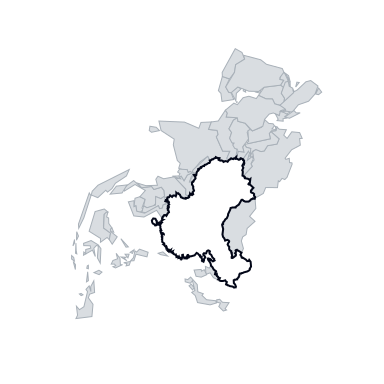 location of China within Asia, rotated 103°
{"feature_id": "CHN", "entity_name": "China", "entity_type": "country or territory", "adm_level": 0, "iso_a3": "CHN", "parent_name": "Asia", "parent_adm1": "", "projection": "albers", "projection_center": [106.815, 35.887], "detail": "fine", "context": "in_parent", "style": "outline", "palette": "ink", "viewbox_px": 384, "rotation_deg": 103, "n_neighbors": 45, "source": "natural_earth", "source_scale": "50m", "svg_char_len": 17905}
<svg xmlns="http://www.w3.org/2000/svg" viewBox="0 0 384 384"><g transform="rotate(103 192 192)"><path d="M183.7,129.1L180.2,130.7L178.1,134.6L174.5,132.8L171.8,137.6L166.4,138.0L166.8,143.5L164.9,145.6L153.5,139.1L151.3,140.9L146.8,138.7L139.5,142.3L136.2,139.4L137.1,133.8L135.7,130.8L129.9,128.8L126.2,120.0L120.7,119.1L115.4,128.7L113.4,124.1L109.6,123.7L111.2,121.1L110.1,114.1L116.0,115.4L118.4,111.4L110.9,108.3L109.9,100.5L115.0,96.7L115.7,99.2L122.0,97.0L128.4,104.4L138.1,108.9L139.1,107.9L137.3,104.8L141.4,103.6L141.1,101.2L142.3,100.7L156.3,102.7L159.0,104.4L158.5,107.3L162.3,109.0L161.7,110.4L168.5,109.7L171.1,121.2L177.4,122.2L183.7,129.1Z" fill="#d9dde1" stroke="#a8b0b8" stroke-width="1"/><path d="M115.4,128.7L120.7,119.1L126.2,120.0L129.9,128.8L135.7,130.8L137.1,133.8L136.2,139.4L138.7,142.1L145.9,139.7L144.0,141.4L148.8,145.2L145.4,146.3L143.0,145.2L144.0,143.1L141.0,142.7L138.0,145.4L136.4,144.6L136.2,149.1L133.8,151.5L122.5,127.6L117.6,129.9L115.4,128.7Z" fill="#d9dde1" stroke="#a8b0b8" stroke-width="1"/><path d="M335.9,261.5L341.4,276.6L337.8,275.8L329.3,278.9L332.0,275.2L328.1,271.5L312.6,271.4L310.7,273.4L306.6,271.1L311.8,268.1L307.0,269.4L300.6,267.7L311.8,264.3L314.6,268.8L318.4,269.2L323.7,263.2L335.9,261.5ZM285.8,291.0L284.4,294.2L281.0,295.0L282.4,292.5L285.8,291.0ZM316.7,278.8L315.8,277.2L316.7,275.1L317.9,276.7L316.7,278.8ZM257.0,261.9L255.4,264.5L261.6,269.9L257.8,270.7L253.4,283.4L232.8,282.0L228.3,273.6L230.5,269.4L233.5,272.5L244.4,270.8L247.0,270.0L250.4,262.1L257.0,261.9ZM293.2,275.7L301.7,273.0L303.3,274.6L293.2,275.7ZM290.0,277.4L287.5,277.4L286.7,276.5L290.1,275.7L290.0,277.4ZM290.3,261.7L293.4,263.9L292.6,269.4L289.2,265.1L290.3,261.7ZM267.7,268.0L282.0,265.4L277.4,269.4L265.8,271.1L265.6,273.1L268.9,275.0L276.6,271.7L271.0,275.9L278.0,283.5L274.8,283.9L276.1,281.7L271.9,282.6L269.5,278.0L267.3,279.1L268.6,285.4L266.4,286.1L262.0,279.4L264.6,271.5L267.7,268.0ZM271.3,295.9L264.7,295.8L268.0,294.9L271.3,295.9ZM267.9,293.6L275.1,291.7L278.2,290.3L277.9,291.7L267.9,293.6ZM260.5,292.7L265.0,293.7L256.6,295.4L260.5,292.7ZM218.4,289.6L241.6,291.6L252.8,294.2L248.8,295.4L216.0,291.9L218.4,289.6ZM209.7,276.4L218.7,282.5L217.6,289.5L213.7,289.4L206.5,285.1L184.2,258.2L191.1,259.5L200.7,268.6L206.8,270.8L211.1,274.3L209.7,276.4Z" fill="#d9dde1" stroke="#a8b0b8" stroke-width="1"/><path d="M286.4,292.1L289.0,289.2L293.8,288.2L286.4,292.1Z" fill="#d9dde1" stroke="#a8b0b8" stroke-width="1"/><path d="M63.9,122.0L59.5,123.8L54.8,129.0L56.9,124.1L62.2,121.3L63.9,122.0Z" fill="#d9dde1" stroke="#a8b0b8" stroke-width="1"/><path d="M67.1,121.1L62.2,121.3L67.6,119.9L67.1,121.1Z" fill="#d9dde1" stroke="#a8b0b8" stroke-width="1"/><path d="M61.6,123.5L58.4,124.9L61.2,122.6L61.6,123.5Z" fill="#d9dde1" stroke="#a8b0b8" stroke-width="1"/><path d="M61.6,123.5L69.6,126.3L68.0,129.8L62.6,127.9L62.6,131.8L56.4,131.6L54.8,129.0L61.6,123.5Z" fill="#d9dde1" stroke="#a8b0b8" stroke-width="1"/><path d="M80.4,167.3L85.8,171.0L93.3,169.8L85.7,176.4L79.4,171.0L80.4,167.3Z" fill="#d9dde1" stroke="#a8b0b8" stroke-width="1"/><path d="M79.4,164.9L80.4,163.0L82.6,162.2L81.9,164.9L79.4,164.9Z" fill="#d9dde1" stroke="#a8b0b8" stroke-width="1"/><path d="M80.4,146.8L80.3,152.1L77.3,148.1L80.4,146.8Z" fill="#d9dde1" stroke="#a8b0b8" stroke-width="1"/><path d="M68.0,129.8L69.6,126.3L75.7,127.2L79.7,123.0L84.3,122.6L87.7,125.8L87.5,131.2L83.3,134.5L84.6,140.9L82.9,148.9L73.6,145.2L68.0,129.8Z" fill="#d9dde1" stroke="#a8b0b8" stroke-width="1"/><path d="M86.5,176.2L92.5,172.1L97.0,183.2L89.4,186.0L87.3,189.1L72.6,188.4L73.4,180.9L82.1,182.8L86.6,178.6L86.5,176.2ZM94.7,168.6L93.4,168.7L94.5,168.2L94.7,168.6Z" fill="#d9dde1" stroke="#a8b0b8" stroke-width="1"/><path d="M208.3,241.7L209.7,236.0L218.8,237.2L220.2,235.2L223.5,238.1L223.2,241.5L218.1,243.6L219.4,245.3L210.9,246.1L208.3,241.7Z" fill="#d9dde1" stroke="#a8b0b8" stroke-width="1"/><path d="M216.4,236.0L209.7,236.0L208.3,241.7L201.0,237.8L197.5,249.2L206.2,258.0L203.0,259.2L194.0,251.4L199.2,242.0L195.7,232.6L198.1,229.7L194.2,222.9L197.0,219.5L202.4,217.8L205.5,220.8L204.6,226.4L210.8,224.4L215.1,227.0L217.5,232.4L216.4,236.0Z" fill="#d9dde1" stroke="#a8b0b8" stroke-width="1"/><path d="M222.8,236.3L216.4,236.0L217.5,232.4L212.9,224.6L204.6,226.4L205.5,220.8L202.4,217.8L207.2,215.9L207.0,212.5L211.1,217.2L214.5,217.4L215.5,219.9L212.9,221.7L222.6,231.4L222.8,236.3Z" fill="#d9dde1" stroke="#a8b0b8" stroke-width="1"/><path d="M202.4,217.8L197.0,219.5L194.2,222.9L198.1,229.7L195.7,232.6L199.2,242.0L195.6,247.1L196.2,238.3L193.2,227.2L187.7,230.1L184.3,228.7L185.5,222.6L181.1,212.5L190.6,198.6L196.0,197.6L196.8,194.2L200.1,196.7L196.3,207.1L199.2,206.9L201.3,210.3L200.3,212.7L205.5,213.8L202.4,217.8Z" fill="#d9dde1" stroke="#a8b0b8" stroke-width="1"/><path d="M213.5,246.6L219.4,245.3L218.1,243.6L223.2,241.5L223.3,233.4L212.9,221.7L215.5,219.9L214.5,217.4L211.1,217.2L208.4,212.2L217.1,209.8L224.5,215.1L217.8,222.4L227.2,233.2L228.4,243.3L215.9,251.8L213.5,246.6Z" fill="#d9dde1" stroke="#a8b0b8" stroke-width="1"/><path d="M271.6,146.9L270.7,151.8L266.7,156.1L269.1,159.9L261.5,162.2L262.3,158.1L259.5,157.0L261.0,154.8L264.1,150.4L267.1,150.8L266.5,149.3L269.8,145.5L271.6,146.9Z" fill="#d9dde1" stroke="#a8b0b8" stroke-width="1"/><path d="M265.0,162.6L269.3,159.1L272.9,163.9L273.2,169.1L267.6,172.4L265.4,165.7L267.0,164.9L265.0,162.6Z" fill="#d9dde1" stroke="#a8b0b8" stroke-width="1"/><path d="M184.5,129.0L193.7,126.1L202.8,130.4L206.4,124.0L215.1,130.1L221.3,129.7L224.3,132.5L228.6,132.9L235.5,129.2L240.0,129.9L238.8,136.3L243.2,134.9L247.0,137.5L234.8,145.3L231.5,144.6L230.5,146.6L231.6,148.7L228.8,151.4L217.1,155.3L208.4,151.8L198.9,150.8L197.2,146.1L188.7,141.8L189.5,137.1L184.5,129.0Z" fill="#d9dde1" stroke="#a8b0b8" stroke-width="1"/><path d="M196.8,194.2L196.0,197.6L190.6,198.6L182.4,211.0L181.6,206.2L180.2,207.8L178.9,206.1L182.8,202.3L176.5,200.4L173.6,196.4L172.3,198.2L173.9,200.1L171.3,201.8L172.8,202.9L171.9,210.3L166.7,209.9L164.6,213.4L150.3,220.8L144.5,221.2L139.1,235.9L130.3,240.2L125.6,215.1L128.4,199.7L122.2,198.9L119.4,188.9L127.3,189.9L126.3,181.4L130.1,179.5L132.8,180.7L145.3,171.3L143.8,164.3L151.2,165.6L154.1,163.9L155.5,168.0L152.8,176.0L157.4,181.4L153.8,184.7L160.8,190.9L172.3,196.2L174.9,191.7L174.7,194.6L176.8,196.1L182.7,196.7L182.3,193.9L194.1,190.4L194.1,193.5L196.8,194.2Z" fill="#d9dde1" stroke="#a8b0b8" stroke-width="1"/><path d="M181.6,206.2L181.0,214.8L179.3,208.4L176.8,207.9L175.8,210.5L172.5,209.3L171.3,201.8L173.9,200.1L172.3,198.2L173.6,196.4L176.5,200.4L182.8,202.3L178.9,206.1L180.2,207.8L181.6,206.2Z" fill="#d9dde1" stroke="#a8b0b8" stroke-width="1"/><path d="M182.3,193.9L182.7,196.7L174.7,194.6L178.3,191.6L182.3,193.9Z" fill="#d9dde1" stroke="#a8b0b8" stroke-width="1"/><path d="M173.3,192.0L172.3,196.2L170.1,195.9L153.8,184.7L158.6,180.9L167.7,189.9L173.3,192.0Z" fill="#d9dde1" stroke="#a8b0b8" stroke-width="1"/><path d="M154.1,163.9L151.2,165.6L143.8,164.3L145.3,171.3L132.8,180.7L130.1,179.5L126.3,181.4L127.3,189.9L119.4,188.9L116.9,182.4L104.8,177.9L107.2,175.3L111.2,175.5L109.5,164.5L112.7,167.8L122.1,170.2L125.1,166.8L131.2,167.4L141.8,156.6L149.6,157.3L150.7,161.6L154.1,163.9Z" fill="#d9dde1" stroke="#a8b0b8" stroke-width="1"/><path d="M127.3,148.8L136.7,152.6L141.6,150.2L142.0,156.0L145.8,154.9L149.6,157.3L140.1,157.4L139.9,160.2L137.0,162.9L134.9,162.0L135.1,164.2L131.2,167.4L125.1,166.8L122.1,170.2L112.7,167.8L109.5,164.5L112.8,163.1L113.0,155.7L118.0,149.3L121.4,151.7L127.3,148.8Z" fill="#d9dde1" stroke="#a8b0b8" stroke-width="1"/><path d="M133.8,151.5L136.2,149.1L136.4,144.6L144.0,143.1L143.9,145.4L139.9,146.2L148.6,149.7L149.5,156.4L142.0,156.0L141.6,150.2L136.7,152.6L133.8,151.5Z" fill="#d9dde1" stroke="#a8b0b8" stroke-width="1"/><path d="M145.9,139.7L151.3,140.9L153.5,139.1L164.9,145.6L148.6,149.7L139.9,146.2L140.8,144.7L148.8,145.2L144.0,141.4L145.9,139.7Z" fill="#d9dde1" stroke="#a8b0b8" stroke-width="1"/><path d="M109.6,123.7L113.4,124.1L114.4,128.3L117.6,129.9L122.5,127.6L132.1,148.0L131.3,149.7L130.0,148.2L119.6,151.3L118.0,149.3L118.9,146.9L113.3,138.8L105.3,137.2L107.9,132.6L107.3,128.4L109.0,126.5L112.5,128.3L112.4,124.2L109.2,125.7L109.6,123.7Z" fill="#d9dde1" stroke="#a8b0b8" stroke-width="1"/><path d="M82.9,148.9L84.6,140.9L83.3,134.5L87.5,131.2L88.0,123.1L90.4,119.4L92.9,123.7L97.9,124.1L96.7,130.5L98.7,134.3L104.8,137.6L112.0,137.8L118.9,146.9L113.0,155.7L112.8,163.1L109.5,164.5L111.2,175.5L107.2,175.3L104.8,177.9L96.0,171.2L96.7,167.5L88.6,163.4L85.9,158.1L86.5,150.4L82.9,148.9Z" fill="#d9dde1" stroke="#a8b0b8" stroke-width="1"/><path d="M62.6,123.1L67.1,121.1L68.2,117.2L72.4,115.3L83.3,122.4L79.7,123.0L75.7,127.2L63.9,125.8L62.6,123.1Z" fill="#d9dde1" stroke="#a8b0b8" stroke-width="1"/><path d="M93.6,124.1L91.1,116.8L92.4,114.7L95.4,117.9L93.6,124.1Z" fill="#d9dde1" stroke="#a8b0b8" stroke-width="1"/><path d="M87.7,125.8L72.4,115.3L69.4,116.7L71.1,114.8L68.8,112.3L59.0,105.8L56.7,101.4L60.4,93.1L68.9,94.2L77.3,98.8L83.1,108.0L91.6,112.3L92.1,119.6L90.4,119.4L87.7,125.8ZM65.5,88.1L68.7,90.6L68.7,93.6L62.2,92.0L65.5,88.1Z" fill="#d9dde1" stroke="#a8b0b8" stroke-width="1"/><path d="M142.9,244.9L141.7,247.5L137.4,247.8L137.0,241.4L139.5,237.5L142.9,244.9Z" fill="#d9dde1" stroke="#a8b0b8" stroke-width="1"/><path d="M259.9,201.3L260.1,208.7L259.3,211.2L256.9,206.9L259.9,201.3Z" fill="#d9dde1" stroke="#a8b0b8" stroke-width="1"/><path d="M98.7,116.4L100.1,119.8L102.5,119.1L103.3,125.2L101.7,124.4L97.3,128.2L97.9,124.1L93.6,124.1L93.9,120.2L95.1,116.1L97.5,118.5L98.7,116.4ZM92.9,123.7L91.9,122.5L92.1,119.6L93.4,121.4L92.9,123.7Z" fill="#d9dde1" stroke="#a8b0b8" stroke-width="1"/><path d="M90.5,104.4L98.2,113.6L98.0,118.3L89.7,111.0L91.5,108.2L90.5,104.4Z" fill="#d9dde1" stroke="#a8b0b8" stroke-width="1"/><path d="M264.7,238.7L261.4,235.6L265.2,236.2L264.7,238.7ZM271.3,246.6L270.4,241.6L271.8,243.1L273.6,240.0L271.3,246.6ZM278.4,243.3L283.2,249.5L282.6,252.2L280.9,249.7L279.7,251.3L280.4,254.5L276.5,253.6L273.8,249.5L268.8,252.1L273.0,247.2L279.0,245.4L278.4,243.3ZM260.6,243.9L253.5,250.8L259.8,241.7L260.6,243.9ZM265.3,221.3L265.2,232.6L272.0,233.1L273.0,236.4L269.1,234.2L262.2,234.4L263.0,232.4L259.5,230.3L260.6,221.2L265.3,221.3ZM267.7,243.2L266.7,239.3L270.6,239.6L267.7,243.2ZM277.4,236.7L278.8,239.6L276.4,239.3L276.3,242.6L273.5,236.3L277.4,236.7Z" fill="#d9dde1" stroke="#a8b0b8" stroke-width="1"/><path d="M199.7,256.9L208.7,259.9L212.5,271.3L203.3,267.0L199.7,256.9ZM257.0,261.9L250.4,262.1L247.0,270.0L233.5,272.5L231.1,271.1L230.5,269.4L235.5,269.6L236.1,267.4L241.4,266.0L245.0,262.0L248.8,262.2L252.5,254.8L260.8,258.0L257.0,261.9Z" fill="#d9dde1" stroke="#a8b0b8" stroke-width="1"/><path d="M248.8,259.2L248.8,262.2L246.6,263.2L245.0,262.0L248.8,259.2Z" fill="#d9dde1" stroke="#a8b0b8" stroke-width="1"/><path d="M297.9,149.0L298.5,161.7L292.2,165.5L289.9,169.7L287.3,167.0L278.4,171.6L281.3,173.1L281.0,178.4L278.3,179.2L278.3,176.4L275.2,174.2L281.0,166.1L287.9,163.9L288.6,158.1L290.5,159.0L293.7,153.6L292.6,144.5L294.6,143.2L297.9,149.0ZM298.3,133.5L299.2,131.8L300.9,134.7L297.6,140.1L293.8,139.3L293.8,142.8L291.5,143.7L290.3,140.9L292.6,137.5L291.5,131.0L298.3,133.5ZM282.0,172.0L284.8,168.4L287.3,169.4L284.1,173.8L282.0,172.0Z" fill="#d9dde1" stroke="#a8b0b8" stroke-width="1"/><path d="M73.4,180.9L72.6,188.4L68.7,189.5L42.6,182.1L44.8,174.7L50.7,170.6L58.1,178.1L65.8,177.5L73.4,180.9Z" fill="#d9dde1" stroke="#a8b0b8" stroke-width="1"/><path d="M54.6,129.4L60.7,132.1L62.6,131.8L62.6,127.9L68.0,129.8L73.6,145.2L79.0,149.6L81.0,159.2L79.4,171.0L86.5,176.2L86.6,178.6L82.1,182.8L65.8,177.5L58.1,178.1L50.7,170.6L47.2,172.4L47.7,154.8L50.8,148.2L51.4,131.8L54.6,129.4Z" fill="#d9dde1" stroke="#a8b0b8" stroke-width="1"/><path d="M66.4,114.6L61.4,114.5L61.2,112.2L66.4,114.6Z" fill="#d9dde1" stroke="#a8b0b8" stroke-width="1"/><path d="M224.3,215.3L223.7,214.8L222.6,215.0L221.5,214.1L220.7,213.9L220.4,212.4L221.0,211.6L219.3,211.0L218.5,211.1L216.9,209.9L215.8,210.5L215.3,211.4L214.5,211.7L213.8,211.4L213.3,212.1L212.4,211.4L212.0,212.0L211.5,211.4L210.6,212.3L209.3,211.4L208.3,212.4L207.2,212.1L206.6,212.7L207.1,214.0L207.0,215.9L205.7,215.7L205.3,214.1L204.0,214.8L202.7,214.7L202.2,213.1L200.2,212.6L201.3,210.3L199.6,209.5L199.2,207.4L199.7,206.8L198.0,206.6L196.2,207.1L196.7,206.2L196.3,205.0L197.0,204.3L197.3,203.2L199.6,201.6L199.5,201.0L199.8,200.6L200.1,199.1L200.0,196.5L199.6,196.2L199.1,196.5L198.8,194.7L197.7,193.6L197.4,193.5L196.8,194.3L195.0,193.4L194.2,193.5L195.1,192.5L194.8,191.6L194.0,191.9L194.0,191.5L194.7,191.0L193.9,190.3L192.2,191.4L190.3,190.3L187.9,191.8L186.6,191.9L184.9,193.3L184.8,193.7L183.0,194.1L182.1,193.9L182.2,193.4L181.4,192.8L180.7,193.0L178.0,191.6L176.8,192.1L174.9,194.0L174.7,193.3L175.1,191.9L174.6,191.6L172.0,191.9L170.8,191.6L169.6,190.6L169.0,191.0L168.4,190.3L167.9,190.8L167.3,189.6L166.0,189.2L166.2,188.4L165.3,188.3L164.1,186.9L164.0,186.0L162.7,185.8L162.0,184.3L160.0,182.4L159.8,181.5L158.3,181.1L157.3,181.8L156.5,180.4L155.5,179.7L155.6,179.0L154.0,177.7L153.6,176.5L152.7,176.6L153.1,174.7L152.8,172.8L153.6,172.8L153.9,173.7L154.7,173.4L155.1,171.5L154.6,170.3L154.8,168.8L155.6,168.1L154.4,166.6L154.3,164.7L154.5,164.1L152.4,163.2L151.6,162.4L151.5,161.9L150.6,161.8L150.3,161.0L150.7,160.1L150.7,159.2L149.8,158.7L149.8,158.1L147.9,156.8L149.8,156.6L149.5,155.8L150.1,153.5L149.2,152.3L148.5,152.5L148.1,152.1L148.6,149.6L149.3,149.5L149.3,148.8L149.9,148.2L151.9,148.0L152.1,147.5L153.7,147.6L153.7,148.6L155.1,148.9L156.9,147.4L159.5,148.0L160.2,147.3L161.2,147.0L164.7,146.5L165.0,144.6L165.9,144.2L165.8,143.7L166.7,143.5L166.5,140.6L166.9,139.3L167.2,138.9L166.2,138.1L170.1,137.7L170.5,138.4L171.6,138.8L172.0,138.0L171.6,137.3L174.1,133.1L175.9,134.2L177.1,134.5L177.3,134.9L178.8,134.6L179.2,134.1L179.4,132.1L180.0,131.0L181.7,130.8L182.7,129.3L184.5,129.4L184.5,129.9L184.2,130.2L184.7,130.8L184.5,131.2L185.4,131.9L185.5,132.4L186.3,133.2L187.1,133.3L188.6,134.6L189.4,138.1L189.1,138.9L189.1,139.6L188.2,141.0L188.5,142.0L193.8,143.5L196.0,145.6L197.3,146.0L197.2,146.7L197.5,147.0L198.0,149.1L198.9,150.8L200.7,150.8L205.5,151.9L206.6,151.6L209.8,152.2L211.1,153.4L213.1,154.0L214.4,154.8L216.1,154.5L216.1,155.1L217.2,155.3L221.0,153.3L226.5,152.8L228.7,151.7L230.0,150.0L231.9,148.8L230.7,146.9L231.0,145.5L231.6,144.7L232.6,144.7L233.3,145.2L235.1,145.5L236.1,144.7L237.0,143.4L239.2,143.0L240.2,142.1L240.8,140.4L242.3,140.0L242.5,139.4L243.1,139.5L245.2,138.5L246.3,138.8L247.3,138.5L247.3,138.0L246.8,137.2L244.1,135.0L242.7,135.2L242.0,136.3L240.7,135.7L239.7,135.9L239.1,136.4L238.5,135.9L238.2,135.2L238.7,134.8L238.7,133.8L240.0,130.1L242.4,130.7L243.4,129.6L244.8,128.8L244.9,128.2L244.5,127.9L245.8,124.2L246.9,122.6L246.5,121.3L245.3,121.0L246.8,119.2L251.4,117.7L253.8,118.5L254.2,118.2L255.3,118.5L256.9,120.1L258.7,123.5L259.6,124.5L259.9,125.5L260.5,125.8L260.6,126.9L261.6,127.4L262.9,127.0L263.8,127.5L264.6,127.3L266.2,128.4L266.9,128.3L267.1,129.1L267.7,129.7L267.8,130.7L268.6,131.5L271.4,130.7L272.4,129.2L274.3,127.9L275.1,128.0L275.1,128.7L275.7,129.5L275.0,131.0L275.2,134.1L274.8,135.4L274.9,136.2L274.5,136.6L274.6,137.7L274.3,138.1L271.9,137.8L271.4,139.0L270.6,139.7L271.7,141.7L272.2,143.8L272.1,145.2L270.9,146.1L271.3,146.3L271.3,146.6L270.5,146.1L270.4,145.7L269.6,145.5L269.6,147.2L268.8,147.5L268.3,148.8L266.4,149.4L267.2,150.4L267.0,151.1L264.9,151.1L264.3,150.5L263.8,150.7L262.7,153.4L260.6,155.2L259.5,157.0L258.2,157.4L256.6,158.5L255.0,160.4L254.3,160.7L254.3,161.1L253.3,161.6L253.1,161.1L254.3,160.4L254.1,160.0L254.4,159.5L253.2,159.7L253.2,159.2L253.7,158.8L253.6,158.2L254.1,157.8L254.9,156.0L253.8,154.8L253.6,155.2L252.4,155.2L251.1,157.4L248.9,159.1L248.2,160.9L246.8,161.5L246.1,161.1L245.6,161.4L245.2,162.8L245.6,163.6L246.4,164.2L248.6,164.4L249.0,165.3L248.9,166.5L249.7,167.0L250.8,166.8L251.7,165.1L252.7,164.4L254.9,165.3L255.8,164.9L257.3,165.1L256.9,166.2L257.1,166.5L256.8,166.9L255.8,166.7L253.9,168.0L253.4,168.0L253.6,168.5L253.2,168.7L253.2,169.6L252.7,169.9L252.4,169.4L252.1,169.5L251.9,169.8L252.4,170.1L250.7,172.4L250.3,173.8L253.1,175.2L255.0,178.7L255.1,179.8L256.4,180.3L256.8,181.1L257.8,181.7L258.0,182.3L257.8,182.3L256.7,182.0L255.8,182.1L254.6,181.6L253.5,182.2L255.1,181.9L255.3,182.3L257.7,183.5L258.2,184.2L258.4,184.6L257.3,185.2L256.2,186.5L255.1,186.7L254.5,187.2L255.2,186.9L255.7,187.4L257.1,186.6L258.3,187.5L259.4,187.6L258.1,189.0L259.0,188.4L259.3,188.8L259.3,189.9L258.7,189.6L258.1,190.0L258.8,190.5L258.4,190.6L258.8,190.8L258.4,191.5L258.9,192.5L258.1,192.8L257.7,192.5L257.3,193.4L256.8,193.6L257.1,193.9L256.6,194.9L256.7,195.4L255.6,197.9L255.2,198.0L254.9,197.4L254.7,197.7L254.3,197.6L255.3,198.8L254.3,199.8L253.4,199.7L254.0,200.2L254.7,199.9L254.9,201.7L253.8,201.7L254.1,202.3L253.3,202.4L253.2,203.3L252.6,203.6L252.7,204.3L251.2,204.4L250.6,204.9L251.2,205.5L250.2,206.9L249.8,206.9L249.6,207.7L249.3,207.3L248.8,207.8L248.3,207.6L247.3,209.8L245.1,210.3L244.8,210.7L243.9,210.5L243.0,211.1L242.5,210.8L242.2,211.5L240.8,211.6L239.6,210.7L239.6,209.9L239.3,210.0L238.8,210.6L239.5,211.5L239.6,212.6L238.5,213.1L238.3,212.7L238.0,213.6L237.0,214.0L236.4,213.5L236.2,214.2L235.2,213.9L234.3,214.8L232.7,215.0L231.5,215.9L231.1,215.6L230.4,216.8L231.0,217.0L230.9,217.5L231.4,218.0L231.0,218.6L229.7,218.5L229.9,218.2L229.0,216.9L229.7,215.2L228.7,214.6L228.7,215.1L227.6,215.4L227.4,215.0L226.5,214.9L225.7,214.1L225.8,214.9L225.3,214.7L224.3,215.3ZM232.5,219.4L232.9,220.4L231.9,221.5L231.5,223.1L230.4,224.0L228.8,224.7L226.5,223.8L226.3,221.6L228.0,220.3L227.8,220.2L228.0,219.9L230.5,219.3L231.7,219.5L231.9,219.0L232.5,219.4ZM258.1,182.9L257.2,182.9L256.4,182.2L257.0,182.3L258.1,182.9ZM259.9,187.3L259.2,187.2L259.0,186.9L259.8,187.0L259.9,187.3ZM255.4,201.0L255.1,201.5L255.1,200.9L255.4,201.0ZM230.7,216.6L231.4,216.3L231.4,216.7L230.7,216.6Z" fill="none" stroke="#020617" stroke-width="2"/></g></svg>